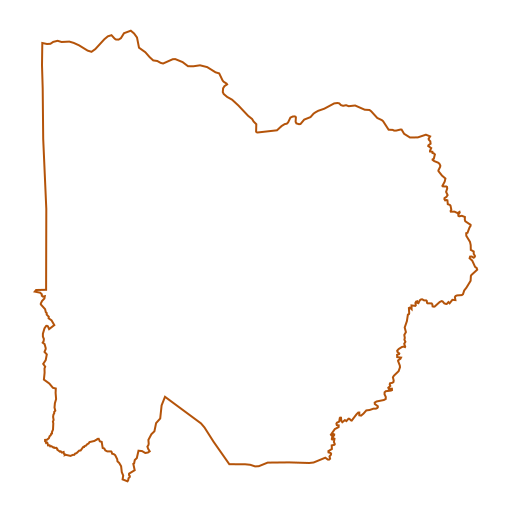 Tan Chau, Tây Ninh, Vietnam
{"feature_id": "81297802B68440719308655", "entity_name": "Tan Chau", "entity_type": "district", "adm_level": 2, "iso_a3": "VNM", "parent_name": "Vietnam", "parent_adm1": "Tây Ninh", "projection": "robinson", "projection_center": [106.277, 11.58], "detail": "fine", "context": "isolated", "style": "outline", "palette": "amber", "viewbox_px": 512, "rotation_deg": 0, "n_neighbors": 0, "source": "geoboundaries", "source_scale": "gbopen_adm2", "svg_char_len": 5952}
<svg xmlns="http://www.w3.org/2000/svg" viewBox="0 0 512 512"><path d="M400.0,367.2L399.8,365.5L398.0,360.8L398.4,360.1L400.4,358.8L401.0,357.6L397.2,357.1L397.1,354.8L399.1,354.1L399.3,353.5L397.4,351.8L397.2,350.7L398.7,349.0L401.9,347.0L403.6,346.6L405.0,347.1L405.2,346.7L404.2,343.8L405.4,341.8L404.4,339.7L404.8,337.9L404.3,334.9L405.9,332.1L404.7,327.5L406.9,321.1L407.9,314.6L408.9,314.2L409.2,313.3L408.9,308.0L409.8,307.6L411.6,309.2L411.5,305.4L415.3,305.9L415.8,305.3L415.4,303.0L416.1,301.6L417.1,301.3L417.3,302.8L418.4,303.2L419.8,300.3L421.1,299.4L422.2,299.3L424.1,300.4L426.2,300.4L426.8,301.0L427.0,302.8L427.5,303.3L431.6,303.4L432.3,304.3L432.6,306.4L433.8,306.7L434.6,306.6L439.7,302.0L441.6,301.1L442.6,301.4L444.3,303.4L446.2,304.0L446.8,303.9L448.4,302.1L449.6,303.3L452.4,299.8L455.4,300.1L454.9,297.1L455.6,296.0L457.1,295.4L461.8,295.1L463.0,294.2L464.2,290.5L466.4,287.7L470.6,280.8L470.9,275.9L471.4,275.0L477.2,269.7L476.7,268.0L475.1,266.9L472.2,260.6L469.6,258.3L470.1,256.6L471.7,256.5L473.6,257.7L474.4,257.3L475.0,256.1L473.7,253.8L473.7,251.5L470.8,249.9L470.7,245.1L470.0,241.9L466.3,235.8L466.2,233.2L467.5,232.8L469.5,227.5L470.6,225.8L470.6,224.8L465.3,221.3L464.8,219.6L464.9,217.0L461.8,215.8L459.3,216.3L458.5,216.0L458.2,214.8L459.7,212.6L459.5,211.9L457.6,213.1L454.6,211.7L450.8,211.7L450.6,211.0L451.3,209.6L450.5,205.7L449.8,204.9L447.8,204.2L447.4,200.3L446.5,200.0L445.2,200.4L444.4,199.2L444.5,198.1L446.5,196.8L447.6,195.1L446.1,191.9L447.2,188.5L447.0,186.9L446.4,186.5L442.9,186.4L442.4,185.9L444.7,181.6L445.4,178.5L442.0,175.6L438.5,171.2L438.4,170.4L440.2,166.7L440.3,165.5L439.3,163.6L438.0,162.6L434.2,161.1L432.6,159.9L432.6,159.4L433.8,158.7L434.9,154.4L433.7,153.3L432.5,153.0L432.4,151.8L430.0,151.5L430.0,150.8L431.2,148.1L428.2,146.0L428.5,145.2L430.6,143.7L430.3,141.3L428.8,139.7L428.6,138.8L430.1,136.4L425.9,134.7L417.8,137.4L410.0,137.5L404.1,133.8L401.6,129.6L400.6,129.5L396.1,130.6L394.1,130.6L392.7,129.9L388.6,129.7L383.1,121.2L381.8,120.1L377.3,118.0L371.2,111.3L369.5,110.0L364.7,109.7L355.1,105.5L348.7,106.2L346.1,105.2L343.1,105.8L340.9,105.1L339.3,103.4L337.5,103.0L334.2,103.4L324.3,108.7L318.2,110.8L315.5,112.3L313.6,113.6L310.5,117.1L304.2,119.6L300.5,124.0L299.0,124.2L296.4,123.4L295.6,121.8L295.9,117.3L295.5,116.7L294.7,116.4L292.8,116.5L290.4,117.6L288.1,122.4L286.8,123.7L284.7,124.1L281.5,126.1L277.0,130.3L257.5,132.5L256.5,132.2L256.1,131.5L256.3,124.2L253.6,121.5L252.1,119.0L248.1,115.8L238.4,105.5L232.1,99.7L227.1,96.9L223.7,94.0L222.8,92.1L223.1,88.3L224.5,86.1L227.1,84.4L226.6,83.6L223.6,81.7L222.6,80.5L219.2,73.4L215.5,72.3L207.2,67.1L200.0,65.3L193.2,66.3L188.0,66.2L182.6,62.1L175.3,59.1L172.8,59.2L163.1,63.5L160.7,62.9L157.3,61.0L153.2,60.4L149.7,57.2L145.3,52.2L139.0,47.7L137.0,37.5L134.1,33.5L130.8,30.7L124.0,33.2L120.9,38.2L118.6,39.6L115.9,39.5L114.7,38.7L111.5,35.2L107.9,36.3L104.4,39.2L95.3,49.1L91.5,51.8L87.6,50.6L79.0,45.3L73.7,42.9L69.3,41.6L61.6,42.0L57.6,40.8L53.2,41.9L50.4,43.8L47.0,44.0L42.3,43.0L42.0,65.1L42.7,88.6L43.2,138.9L46.3,209.0L46.1,289.8L36.1,290.0L34.8,291.6L40.2,292.7L41.8,294.3L41.8,295.7L42.9,296.6L44.8,296.2L44.4,298.5L42.1,300.9L40.8,303.5L40.8,304.4L45.1,309.2L45.8,312.2L46.7,313.0L46.7,314.6L48.8,316.8L48.6,318.3L51.5,320.3L54.3,325.1L49.1,329.1L47.9,326.3L46.9,325.8L46.2,325.9L44.5,328.3L42.9,333.7L42.9,336.6L43.9,339.0L43.6,341.2L42.7,342.7L44.6,344.1L45.7,348.1L45.7,349.0L44.5,351.9L46.8,354.4L45.7,360.1L43.2,363.9L45.2,366.7L44.5,368.4L44.6,372.8L43.9,379.6L49.3,383.5L52.9,387.8L55.8,388.5L55.6,392.9L56.1,399.1L54.9,403.2L54.5,407.5L55.3,410.7L54.2,411.9L54.2,413.3L53.4,414.7L53.1,416.9L53.6,420.0L52.9,421.7L53.3,423.2L53.0,429.6L51.9,432.2L52.0,433.5L51.2,433.8L50.7,435.3L49.6,436.2L48.9,438.2L46.9,439.8L45.1,439.9L45.1,441.3L45.9,441.9L46.1,442.9L47.0,442.5L47.5,443.1L48.0,445.4L49.6,445.3L50.2,446.4L51.5,446.2L53.4,447.6L53.9,447.3L54.9,448.0L56.3,447.8L57.2,448.6L57.2,449.6L60.0,451.7L60.7,451.3L61.9,452.6L63.6,452.0L63.9,453.8L65.1,454.4L64.9,455.1L65.7,454.8L70.5,455.9L72.8,454.9L74.3,454.8L75.1,453.6L76.5,453.2L79.2,450.6L80.6,450.5L83.2,447.0L84.1,447.0L84.4,446.2L86.0,445.6L87.2,444.2L88.6,443.5L89.5,442.1L94.6,440.9L95.6,440.1L96.7,439.8L97.4,438.9L98.7,438.8L99.8,441.3L101.7,441.9L102.7,448.0L104.3,448.5L105.3,450.4L107.3,451.4L111.1,451.4L111.7,452.1L112.1,453.7L113.9,454.2L115.2,455.2L117.2,459.2L117.5,461.4L119.1,462.8L121.1,466.2L121.8,472.2L123.2,475.5L122.6,479.4L127.5,481.3L128.2,480.2L128.5,478.3L129.8,476.9L129.8,476.1L129.0,475.0L129.1,473.6L134.7,470.2L133.3,463.9L134.1,463.4L134.8,460.0L136.8,458.1L138.5,450.7L142.1,451.1L145.3,453.0L148.0,452.5L149.7,451.3L148.2,448.9L147.4,446.6L148.4,445.1L148.7,443.8L148.4,439.9L151.4,434.2L154.4,431.3L156.1,423.1L160.2,418.5L161.6,405.4L165.0,396.8L201.0,423.4L204.5,427.5L213.6,441.8L229.3,464.2L245.4,464.3L250.3,464.8L255.1,466.4L258.8,466.2L267.7,462.6L289.2,462.4L309.2,463.0L313.6,462.5L325.3,457.7L327.9,459.6L329.1,459.6L330.1,458.7L329.5,456.4L330.9,454.8L331.1,453.7L330.6,453.0L328.5,452.4L328.4,451.1L331.9,449.0L331.7,445.4L334.4,444.8L334.8,444.1L333.9,442.0L334.5,438.7L333.7,438.3L332.2,439.5L331.8,439.1L332.1,437.6L334.1,435.3L334.2,434.4L333.5,434.1L331.6,435.5L330.9,434.7L334.8,429.1L338.6,427.1L338.7,425.4L336.8,425.1L336.4,423.7L336.9,422.7L339.2,421.6L339.8,418.0L340.2,417.6L341.0,417.7L341.3,420.8L342.3,422.2L344.9,420.1L346.4,421.1L348.5,418.7L349.4,418.8L351.0,420.4L351.7,420.6L356.5,414.3L358.3,412.5L359.3,412.5L359.3,415.3L361.1,415.6L363.5,413.6L366.3,410.4L369.6,410.0L373.4,408.7L375.8,408.7L377.3,408.0L377.9,407.1L377.8,406.2L374.8,404.0L374.7,402.6L376.5,401.5L383.9,400.0L385.7,399.0L385.8,397.0L384.5,394.2L384.6,392.3L385.8,391.2L390.9,390.6L392.0,390.1L391.9,388.7L388.7,388.8L388.3,387.7L390.3,385.9L389.7,384.3L390.0,383.3L392.3,382.8L393.4,382.1L393.7,380.6L392.9,377.3L393.9,375.7L398.6,371.2L400.0,367.2Z" fill="none" stroke="#b45309" stroke-width="2"/></svg>